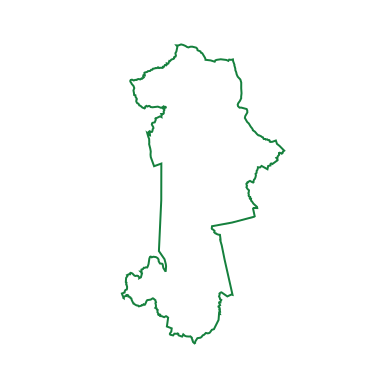 the district of El Plateado de Joaquín Amaro, Zacatecas, Mexico, rotated 160°
{"feature_id": "50627088B59379966693787", "entity_name": "El Plateado de Joaquín Amaro", "entity_type": "district", "adm_level": 2, "iso_a3": "MEX", "parent_name": "Mexico", "parent_adm1": "Zacatecas", "projection": "equal_earth", "projection_center": [-103.037, 22.004], "detail": "fine", "context": "isolated", "style": "outline", "palette": "green", "viewbox_px": 384, "rotation_deg": 160, "n_neighbors": 0, "source": "geoboundaries", "source_scale": "gbopen_adm2", "svg_char_len": 6044}
<svg xmlns="http://www.w3.org/2000/svg" viewBox="0 0 384 384"><g transform="rotate(160 192 192)"><path d="M91.2,199.3L94.0,205.4L95.7,208.2L95.6,211.7L99.4,211.7L101.1,212.2L101.7,212.7L101.4,213.8L101.8,214.5L102.7,214.7L103.4,215.8L104.7,216.0L104.9,216.7L106.4,217.2L106.6,217.7L106.6,219.0L107.5,219.8L108.0,220.7L109.7,222.4L110.2,222.5L111.1,224.1L112.2,227.1L113.7,229.2L113.5,229.7L113.8,231.3L114.5,233.3L115.2,237.0L116.2,238.9L117.0,243.5L116.0,245.1L112.8,247.8L112.2,249.7L112.3,251.3L116.9,254.5L118.5,255.0L119.4,256.9L119.2,258.4L118.2,259.6L115.7,261.3L113.7,263.3L113.3,264.6L111.7,267.8L110.3,272.6L108.3,278.0L108.1,281.2L109.6,284.7L109.8,287.3L109.5,289.4L109.6,291.6L109.1,293.3L108.9,296.5L108.6,297.0L108.6,300.9L108.2,302.6L110.1,302.8L111.8,303.7L113.0,302.8L114.5,304.3L119.6,306.9L123.5,307.7L125.0,307.7L126.1,306.7L129.5,309.3L134.1,311.6L133.9,312.2L133.9,313.7L134.9,318.9L135.9,319.8L136.0,321.2L138.3,323.3L138.1,325.0L138.8,326.3L142.1,328.5L144.0,329.1L145.9,329.1L147.1,330.0L148.1,331.4L150.0,333.2L151.8,334.4L154.9,334.4L156.5,335.1L156.0,333.6L158.6,329.4L160.1,328.1L160.5,325.6L161.3,324.8L162.3,325.0L162.9,324.6L163.1,323.7L163.8,323.4L166.0,323.5L168.0,322.5L168.5,322.9L170.3,320.8L171.0,320.8L171.7,321.4L171.9,320.5L172.8,319.9L173.3,320.5L174.0,320.6L175.8,319.2L176.6,319.6L177.2,318.7L179.4,319.6L180.6,319.7L181.0,320.0L181.0,320.6L181.5,320.8L182.6,320.4L184.0,321.0L184.5,320.8L186.6,321.2L187.4,320.5L188.6,320.8L189.9,320.1L192.2,320.6L192.9,320.2L195.6,320.4L195.9,320.3L195.9,320.0L196.4,319.2L196.3,317.9L196.5,317.6L197.7,318.3L198.4,317.4L198.1,316.2L200.3,315.5L200.6,316.0L202.1,315.5L203.5,316.4L204.9,316.6L205.6,316.2L207.1,316.8L208.5,316.7L210.0,318.1L211.3,318.2L212.1,317.4L212.1,316.4L211.7,314.9L211.7,314.2L210.7,311.7L210.7,309.4L212.3,307.4L212.7,304.8L213.2,303.0L212.1,302.3L212.5,300.6L212.0,298.6L212.3,297.8L212.6,297.8L213.3,296.5L213.4,295.9L213.1,294.2L212.1,293.3L211.9,291.4L211.0,290.7L209.7,288.3L208.0,286.8L207.2,287.2L206.7,288.2L205.3,288.5L204.7,287.6L202.9,287.6L202.4,287.2L201.8,286.0L200.1,285.1L194.9,283.9L192.4,281.8L190.9,281.7L189.4,282.2L188.9,281.5L187.8,281.1L187.6,280.6L188.0,280.2L190.9,280.7L189.8,279.0L189.9,278.5L191.1,277.4L191.4,275.9L192.2,275.2L194.2,275.8L194.1,274.5L195.0,273.5L195.1,272.9L196.2,274.0L200.1,273.6L200.9,273.8L201.3,273.5L201.3,272.3L203.2,270.2L205.5,270.5L206.1,270.1L206.7,269.1L206.2,266.2L206.4,265.2L207.4,264.5L208.3,262.9L209.1,262.2L210.5,262.6L210.9,263.6L212.2,263.3L212.4,262.5L211.7,261.1L212.1,259.6L212.4,259.8L212.5,261.1L213.4,261.6L213.9,262.5L214.2,258.7L214.1,256.6L215.3,252.9L215.9,251.7L216.4,246.9L216.9,244.2L218.2,241.3L218.8,238.9L218.8,229.2L211.1,229.2L223.7,194.8L243.3,147.8L240.8,138.2L241.3,133.1L241.8,131.0L243.7,126.8L244.2,126.9L244.9,130.5L244.3,134.2L244.6,134.8L246.6,135.8L247.0,138.3L246.5,140.1L247.0,141.8L248.2,143.2L250.5,144.4L252.2,144.4L252.8,145.4L253.6,145.4L254.8,144.1L257.5,139.1L259.2,137.0L260.0,136.4L261.0,137.0L262.4,136.9L263.2,137.3L264.4,136.4L266.0,136.4L266.6,134.6L267.6,134.9L266.9,133.3L267.2,132.7L266.9,132.5L269.2,129.3L270.9,129.1L270.5,129.7L271.1,130.5L271.3,131.4L272.3,132.2L273.8,132.4L274.7,133.1L275.9,135.8L277.2,137.0L278.0,136.8L278.4,135.9L279.4,136.3L281.5,136.1L281.3,135.2L283.3,133.8L285.0,130.0L284.6,129.4L285.0,129.0L285.1,127.7L285.4,127.6L285.3,125.5L285.9,123.8L286.6,122.7L288.0,122.7L289.3,121.6L289.7,120.6L292.6,120.6L292.6,118.0L292.2,117.1L292.8,116.1L292.4,115.5L291.9,116.8L289.7,117.0L289.2,116.7L288.8,117.6L288.0,117.4L287.3,116.7L287.4,115.3L286.7,115.0L285.9,113.9L286.1,113.3L285.4,112.6L285.6,111.1L285.2,107.3L284.8,107.2L284.7,106.6L283.0,104.5L281.5,103.7L281.2,102.8L280.9,102.7L278.3,102.5L277.9,102.9L276.9,102.5L275.9,103.1L275.0,102.2L274.0,102.9L272.1,105.0L271.0,105.7L267.6,105.0L265.3,105.5L264.8,105.2L263.4,102.8L263.6,102.2L263.5,100.7L264.4,100.1L264.5,98.6L264.9,97.0L265.3,96.3L266.1,95.7L265.0,94.7L265.3,93.6L264.6,92.9L265.6,90.9L265.2,89.0L265.7,88.4L265.5,87.9L264.1,87.9L263.8,87.5L264.3,86.3L262.8,85.6L261.0,83.9L259.0,84.2L258.6,84.0L257.4,82.1L261.6,74.2L257.7,70.8L259.2,67.9L261.1,66.6L261.4,66.1L261.2,65.3L258.8,63.7L257.0,64.9L254.6,63.9L253.8,64.0L253.4,63.3L253.7,62.7L253.6,61.9L251.2,59.8L250.6,59.5L248.9,61.2L247.8,59.2L246.7,58.3L244.0,57.1L242.9,56.9L242.0,55.2L242.3,54.7L242.1,52.7L242.3,52.6L242.3,50.6L241.4,48.9L240.7,49.1L240.5,49.8L239.7,50.7L236.9,52.8L233.8,52.2L232.5,52.6L231.0,53.6L229.5,53.7L227.2,54.8L225.6,53.8L224.3,53.6L223.3,53.8L220.5,55.7L218.3,55.6L210.8,62.7L208.3,68.2L207.5,67.8L207.6,69.7L206.6,69.7L206.3,71.4L206.7,72.0L206.1,73.0L205.8,72.9L205.7,73.7L206.4,75.1L206.2,75.5L204.3,76.0L204.5,78.4L204.3,78.9L204.0,78.9L204.0,77.9L203.6,78.9L203.0,78.6L202.6,79.5L201.4,80.5L202.3,81.8L202.1,82.8L202.3,84.7L201.9,85.0L201.8,85.7L202.1,86.0L201.4,85.8L201.0,86.4L200.9,87.2L199.5,87.7L198.6,87.6L194.5,81.8L190.1,82.2L189.1,81.5L184.5,117.3L182.3,131.8L182.0,136.4L181.8,137.5L181.5,137.4L181.2,138.5L180.4,142.2L181.8,142.9L183.1,144.0L183.5,144.8L184.1,145.0L184.9,146.6L184.1,147.6L184.9,149.3L185.8,150.2L185.9,151.0L184.9,153.0L164.9,149.6L142.1,147.5L141.4,147.7L140.3,155.5L139.6,155.9L136.2,154.6L136.0,155.7L138.3,160.1L138.9,162.7L139.3,163.2L139.3,164.5L138.9,165.3L139.8,165.7L139.9,166.0L139.1,166.5L139.0,167.5L139.7,167.9L140.0,168.5L140.0,169.3L139.5,170.0L139.4,171.7L139.0,171.9L137.9,174.1L138.8,175.9L139.2,177.9L138.2,179.0L138.3,180.2L138.0,181.2L137.3,181.4L136.9,182.0L136.1,181.9L135.9,182.3L133.7,182.6L132.2,180.8L131.3,180.0L130.8,180.2L130.6,181.0L129.5,182.4L128.4,182.9L127.2,184.3L126.2,185.9L126.1,187.3L124.8,187.9L123.9,189.9L123.0,190.4L121.8,192.1L121.6,192.7L119.7,191.8L117.7,192.7L113.3,187.6L111.5,190.4L109.2,190.1L108.8,191.3L108.3,191.7L107.5,191.6L106.9,190.8L100.7,192.6L100.4,193.6L100.8,194.0L101.1,195.2L99.8,195.2L99.2,196.2L97.5,197.1L96.9,198.9L96.1,198.9L94.6,197.3L93.7,197.6L93.6,198.1L93.2,198.1L92.6,198.9L91.2,199.3Z" fill="none" stroke="#15803d" stroke-width="2"/></g></svg>